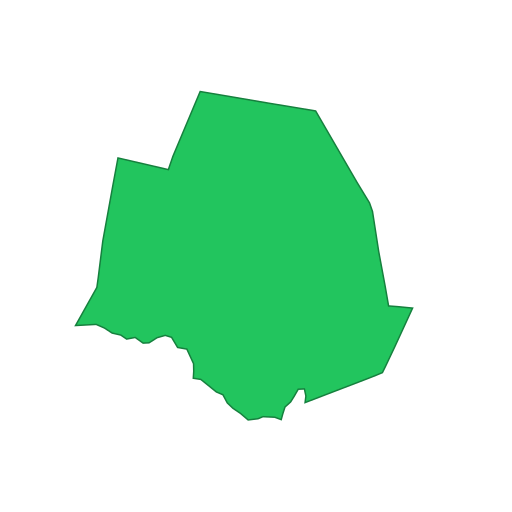 Curral Velho, Paraíba, Brazil, rotated 302°
{"feature_id": "56859067B57325198781008", "entity_name": "Curral Velho", "entity_type": "district", "adm_level": 2, "iso_a3": "BRA", "parent_name": "Brazil", "parent_adm1": "Paraíba", "projection": "equal_earth", "projection_center": [-38.205, -7.54], "detail": "fine", "context": "isolated", "style": "filled", "palette": "green", "viewbox_px": 512, "rotation_deg": 302, "n_neighbors": 0, "source": "geoboundaries", "source_scale": "gbopen_adm2", "svg_char_len": 889}
<svg xmlns="http://www.w3.org/2000/svg" viewBox="0 0 512 512"><g transform="rotate(302 256 256)"><path d="M101.4,139.8L113.3,156.7L114.6,165.6L114.4,174.8L117.3,183.2L117.0,190.3L122.9,196.7L122.3,206.4L125.7,211.3L134.3,215.4L140.6,221.1L142.3,227.5L136.9,238.0L140.4,246.7L131.6,260.1L125.2,264.3L119.1,267.6L122.1,274.6L119.7,294.4L120.8,301.5L116.2,309.5L114.6,317.3L114.3,326.2L112.8,336.2L119.1,344.0L123.4,347.0L129.2,357.3L130.6,364.1L136.2,362.4L143.3,360.6L150.6,362.7L157.4,362.7L165.4,362.4L168.9,367.5L163.7,372.5L157.7,375.3L211.8,416.1L218.6,421.1L224.1,425.0L231.0,424.3L252.5,421.8L294.8,416.4L288.1,402.9L283.9,394.9L298.2,382.1L324.8,357.7L355.5,331.2L361.2,324.1L372.1,302.4L410.6,229.7L392.3,185.7L365.9,121.5L296.6,132.7L282.8,135.9L266.0,87.0L239.8,97.3L187.6,118.1L154.0,133.7L145.0,137.7L101.4,139.8Z" fill="#22c55e" stroke="#15803d" stroke-width="1.5"/></g></svg>